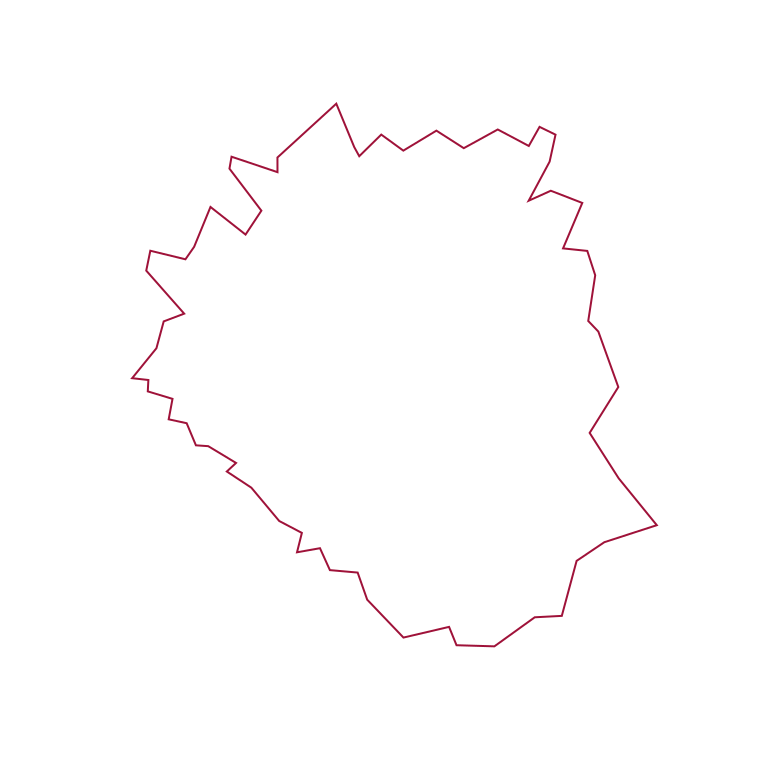 Madison, Kentucky, United States of America (Equal Earth projection), rotated 344°
{"feature_id": "52423323B91940214959831", "entity_name": "Madison", "entity_type": "district", "adm_level": 2, "iso_a3": "USA", "parent_name": "United States of America", "parent_adm1": "Kentucky", "projection": "equal_earth", "projection_center": [-84.298, 37.716], "detail": "fine", "context": "isolated", "style": "outline", "palette": "rose", "viewbox_px": 768, "rotation_deg": 344, "n_neighbors": 0, "source": "geoboundaries", "source_scale": "gbopen_adm2", "svg_char_len": 946}
<svg xmlns="http://www.w3.org/2000/svg" viewBox="0 0 768 768"><g transform="rotate(344 384 384)"><path d="M617.6,191.6L604.4,179.7L588.8,195.1L563.5,170.7L525.7,179.3L504.2,154.9L466.9,165.0L450.1,143.5L423.0,158.2L420.7,148.1L415.4,101.4L344.0,136.9L340.0,151.0L300.1,123.5L294.8,134.4L313.9,183.6L292.1,202.2L266.0,166.0L239.3,199.8L227.5,209.4L196.1,191.5L186.7,209.5L211.3,261.3L189.5,263.1L175.1,286.9L143.5,309.0L158.6,315.2L154.9,326.0L176.6,340.0L167.3,358.6L183.5,367.3L186.3,391.1L197.9,395.3L220.0,419.1L208.8,424.8L227.9,447.1L245.5,486.8L264.0,504.5L254.0,521.8L277.2,524.2L280.7,548.0L306.7,558.0L308.4,586.7L332.8,633.1L379.6,635.4L381.7,655.1L417.8,666.6L464.6,649.8L491.0,655.9L520.4,607.1L552.2,596.8L607.3,594.9L583.6,539.4L568.2,487.7L608.4,451.5L604.5,392.7L597.7,379.7L617.0,337.7L616.1,312.1L593.5,303.0L624.5,264.6L597.6,244.2L573.6,247.7L604.5,215.9L617.6,191.6Z" fill="none" stroke="#9f1239" stroke-width="2"/></g></svg>